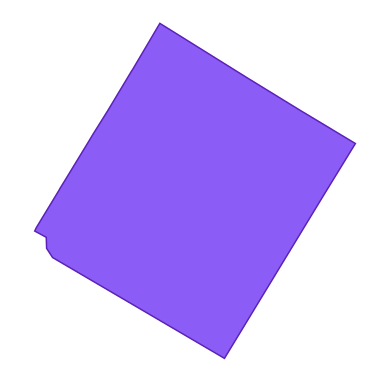 Cass, Michigan, United States of America, rotated 121°
{"feature_id": "52423323B82095685112080", "entity_name": "Cass", "entity_type": "district", "adm_level": 2, "iso_a3": "USA", "parent_name": "United States of America", "parent_adm1": "Michigan", "projection": "albers", "projection_center": [-86.005, 41.915], "detail": "fine", "context": "isolated", "style": "filled", "palette": "violet", "viewbox_px": 384, "rotation_deg": 121, "n_neighbors": 0, "source": "geoboundaries", "source_scale": "gbopen_adm2", "svg_char_len": 462}
<svg xmlns="http://www.w3.org/2000/svg" viewBox="0 0 384 384"><g transform="rotate(121 192 192)"><path d="M153.9,306.1L165.7,306.1L193.0,306.6L202.0,306.6L249.4,306.9L257.0,307.0L258.6,306.9L302.9,307.1L306.5,306.7L305.9,293.6L315.2,287.6L320.0,277.7L317.9,78.5L129.3,77.5L66.3,76.9L66.3,140.9L65.7,204.2L64.0,306.4L68.7,306.4L90.0,306.2L118.0,306.0L119.3,306.1L119.6,306.1L140.8,306.1L153.9,306.1Z" fill="#8b5cf6" stroke="#5b21b6" stroke-width="1.5"/></g></svg>